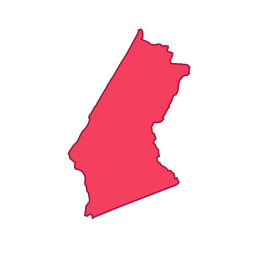 the district of Carmo, Rio de Janeiro, Brazil, rotated 325°
{"feature_id": "56859067B48461845604566", "entity_name": "Carmo", "entity_type": "district", "adm_level": 2, "iso_a3": "BRA", "parent_name": "Brazil", "parent_adm1": "Rio de Janeiro", "projection": "orthographic", "projection_center": [-42.551, -21.892], "detail": "fine", "context": "isolated", "style": "filled", "palette": "rose", "viewbox_px": 256, "rotation_deg": 325, "n_neighbors": 0, "source": "geoboundaries", "source_scale": "gbopen_adm2", "svg_char_len": 2065}
<svg xmlns="http://www.w3.org/2000/svg" viewBox="0 0 256 256"><g transform="rotate(325 128 128)"><path d="M64.6,114.7L64.2,117.2L63.0,119.3L63.9,122.8L64.8,126.0L63.3,127.8L61.7,129.3L61.7,131.8L63.6,133.6L65.0,135.9L65.6,138.5L65.4,141.4L64.5,144.4L62.2,147.0L60.5,149.2L60.4,151.6L59.4,153.8L58.2,156.0L58.4,158.7L57.1,161.0L56.4,162.9L55.3,164.7L53.9,166.6L51.8,166.9L48.6,168.1L46.6,170.5L44.6,172.6L42.5,174.7L43.7,176.6L46.8,176.7L48.7,178.2L47.2,181.5L49.9,181.7L76.8,187.8L133.4,201.9L136.1,202.3L138.6,201.7L138.8,199.2L139.5,196.9L137.5,196.5L138.1,194.7L139.4,191.9L138.4,187.5L136.3,185.4L136.3,183.0L135.2,180.1L133.8,177.4L134.0,174.8L132.8,172.8L133.6,170.5L134.8,168.8L137.4,169.1L138.8,165.8L140.4,163.4L140.0,160.5L140.7,156.9L140.1,154.9L141.7,153.5L144.5,153.0L145.3,150.8L146.0,148.1L145.3,145.0L146.9,142.6L148.1,140.3L150.7,139.3L152.7,138.1L154.4,140.1L156.7,140.9L158.5,141.8L160.7,141.5L162.6,140.9L162.8,138.8L164.9,138.4L167.2,137.2L169.7,136.0L171.4,135.1L173.3,134.8L175.0,132.6L177.0,131.9L178.8,131.0L180.9,129.6L183.6,127.7L186.8,128.0L188.8,126.9L191.0,125.3L193.1,122.6L195.0,120.8L197.1,118.9L199.7,117.9L202.6,117.2L205.2,117.6L206.6,118.9L209.5,118.3L211.1,115.7L213.5,113.4L212.7,110.1L210.8,108.4L209.1,107.1L207.6,105.5L206.0,104.6L203.7,102.6L201.6,101.1L200.2,99.6L201.5,96.6L205.1,94.7L207.5,92.4L206.5,90.4L204.8,89.0L204.3,86.7L206.5,85.6L207.8,84.0L205.1,81.4L202.9,80.9L202.7,78.2L200.5,76.2L197.6,75.6L196.2,74.0L194.7,72.5L194.2,70.5L192.9,67.8L190.8,64.7L189.9,62.7L191.9,62.3L193.7,60.0L195.3,56.9L195.3,54.6L192.8,53.7L191.1,55.7L177.6,62.6L173.8,64.4L171.1,65.8L168.2,67.1L162.1,69.6L157.2,71.8L153.8,73.4L147.5,76.3L143.9,77.9L139.5,79.7L135.4,81.4L133.1,82.8L131.0,83.6L125.9,85.9L123.1,87.2L119.9,88.7L117.4,89.9L115.2,91.1L113.1,91.6L110.4,92.7L108.2,93.9L106.3,94.8L104.0,95.4L102.1,96.8L101.4,99.4L99.1,100.9L97.2,102.2L94.3,103.4L91.9,104.1L89.1,104.6L87.0,105.5L83.4,107.4L79.8,109.6L77.7,110.3L73.4,111.0L70.5,112.1L67.2,113.4L64.6,114.7Z" fill="#f43f5e" stroke="#9f1239" stroke-width="1.5"/></g></svg>